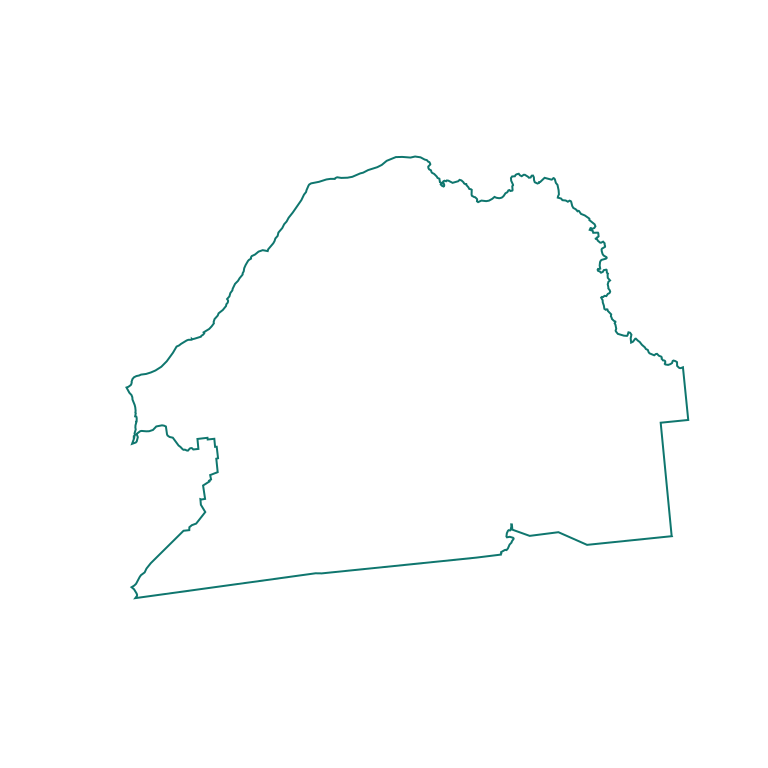 Wyndham, Victoria, Australia (Mercator projection), rotated 166°
{"feature_id": "25037944B15313699759774", "entity_name": "Wyndham", "entity_type": "district", "adm_level": 2, "iso_a3": "AUS", "parent_name": "Australia", "parent_adm1": "Victoria", "projection": "mercator", "projection_center": [144.582, -37.893], "detail": "fine", "context": "isolated", "style": "outline", "palette": "teal", "viewbox_px": 768, "rotation_deg": 166, "n_neighbors": 0, "source": "geoboundaries", "source_scale": "gbopen_adm2", "svg_char_len": 6143}
<svg xmlns="http://www.w3.org/2000/svg" viewBox="0 0 768 768"><g transform="rotate(166 384 384)"><path d="M677.1,236.4L496.2,216.9L490.2,215.3L336.4,193.2L311.9,190.2L311.8,190.8L311.2,191.1L311.1,192.5L307.3,193.6L306.4,193.7L305.3,193.2L303.6,194.4L301.0,197.8L298.6,199.3L298.1,200.3L295.7,202.4L295.6,202.9L296.0,203.6L298.9,205.3L301.8,205.5L302.1,206.4L300.9,209.5L299.4,211.4L298.5,212.0L297.1,211.4L296.5,211.8L294.9,214.9L294.5,217.0L293.9,216.8L294.7,211.6L279.4,201.4L250.6,198.0L225.9,178.8L141.5,166.7L141.6,167.4L124.9,279.5L97.5,275.5L89.9,327.9L92.1,327.6L93.2,327.9L93.9,328.5L95.2,330.7L94.4,334.3L95.7,335.7L97.4,336.7L98.3,336.5L99.4,334.7L101.3,334.0L103.7,333.8L106.3,334.9L106.7,335.6L105.7,337.3L105.7,338.2L106.2,338.9L107.7,339.5L108.0,340.6L108.5,341.2L108.1,342.6L108.3,343.4L110.4,344.9L111.8,347.2L113.0,347.3L114.9,346.5L118.9,349.5L119.5,350.7L119.8,353.2L121.5,354.7L122.0,356.4L124.3,359.7L125.7,362.9L127.0,364.4L128.7,367.1L129.3,367.1L132.2,364.8L134.2,364.4L133.6,368.6L132.0,372.0L132.8,374.2L134.3,375.0L135.9,372.4L136.6,371.9L139.6,372.9L145.0,376.1L146.3,379.0L146.3,379.9L145.3,381.4L145.1,385.6L145.5,387.2L144.4,388.2L144.4,388.6L145.6,389.6L147.1,392.0L147.1,393.5L147.5,394.8L146.7,396.6L149.1,400.7L149.2,402.3L149.9,402.6L150.9,402.4L152.0,403.6L151.7,406.9L152.0,410.2L151.6,412.4L152.4,415.3L151.5,415.8L150.3,415.4L148.7,416.2L147.0,415.5L145.0,417.3L143.3,417.6L142.2,418.8L142.3,420.4L143.2,422.5L142.9,423.5L142.8,426.6L141.5,428.9L139.6,429.8L141.2,432.9L140.6,436.0L140.0,436.9L140.8,438.0L140.4,440.8L140.7,441.2L143.2,441.3L144.5,439.9L146.5,439.5L147.4,441.0L148.9,442.0L149.1,443.1L148.4,443.9L147.2,443.5L146.3,443.6L146.1,446.7L144.9,450.0L143.7,451.4L142.7,451.8L138.3,451.9L137.4,452.5L137.5,453.3L139.6,455.3L140.1,456.2L140.5,457.4L140.6,460.3L140.3,462.0L139.7,462.6L136.4,463.6L136.1,464.3L136.2,465.8L135.9,467.2L137.0,469.1L139.2,468.6L140.1,468.9L141.9,471.4L142.2,472.8L143.4,473.6L143.4,473.9L142.3,474.1L141.8,474.7L141.0,474.8L140.1,475.3L139.6,478.5L139.8,479.1L144.4,480.1L144.5,482.2L147.1,483.8L145.9,485.3L145.5,485.3L144.8,484.3L144.3,484.2L142.2,484.5L140.7,485.9L141.0,488.0L145.1,493.4L144.7,494.5L144.9,495.0L148.4,499.0L151.7,501.4L153.0,504.7L154.0,505.2L154.5,504.9L155.7,507.2L157.7,509.0L158.3,511.2L158.3,515.4L158.6,516.3L159.6,517.0L161.5,516.4L163.3,518.1L166.4,519.2L167.3,521.1L170.3,522.8L169.8,523.9L168.4,525.7L167.7,529.8L167.5,535.2L168.6,537.6L168.7,541.3L169.3,542.5L169.8,542.8L171.4,541.8L172.1,541.8L178.3,545.2L183.6,542.2L184.6,542.4L184.9,541.6L186.6,541.4L188.9,543.3L189.1,545.4L188.6,548.3L189.0,550.2L190.3,550.4L191.8,548.9L193.5,549.1L194.1,550.2L196.7,552.9L197.9,553.2L200.1,552.3L201.7,553.7L202.4,555.4L204.4,555.4L205.6,555.1L206.8,553.9L209.5,554.4L211.0,553.1L211.4,550.5L210.6,546.0L210.7,545.6L211.7,544.9L212.3,541.1L212.7,540.6L214.7,540.7L215.3,541.8L216.4,541.8L218.0,540.2L220.0,539.7L222.4,537.5L224.2,536.5L225.4,536.3L227.3,536.4L229.9,537.5L231.5,538.8L234.1,537.5L237.8,536.5L240.6,536.7L245.1,538.4L248.7,537.7L249.6,538.8L249.0,540.4L249.1,541.2L250.4,543.2L251.3,543.6L253.2,545.4L253.2,546.6L251.9,551.2L252.5,551.9L254.1,552.7L254.5,554.4L255.8,556.9L255.8,558.1L256.8,558.3L257.8,559.3L258.1,560.5L259.6,562.8L261.3,563.8L262.9,562.8L268.8,562.6L272.3,565.7L273.8,566.3L274.7,565.7L276.1,566.6L277.2,566.4L278.7,565.1L277.9,565.6L277.6,564.8L277.4,562.5L277.9,561.4L278.4,561.2L279.8,562.3L280.7,563.9L280.2,564.5L279.4,564.3L279.1,564.8L280.9,566.3L280.6,569.8L282.2,571.0L282.6,572.5L284.5,575.7L286.3,577.3L286.7,578.4L286.7,579.9L288.3,581.4L288.7,583.0L288.4,584.3L286.0,585.8L285.9,586.7L286.3,588.3L287.3,589.0L288.3,590.9L290.2,591.9L293.7,595.1L298.8,597.2L303.5,597.3L311.3,599.9L317.6,601.3L327.4,599.9L333.2,597.1L338.1,596.0L347.7,595.4L353.1,594.1L356.1,594.1L364.6,592.7L369.5,593.0L375.6,594.3L379.4,595.9L381.3,595.6L382.1,594.9L386.3,596.0L390.4,596.4L398.2,595.9L406.2,596.3L408.4,595.6L409.3,594.7L412.3,590.8L413.2,589.1L415.8,587.1L419.7,582.4L431.1,572.4L436.3,568.4L439.2,565.2L442.2,563.2L445.0,559.9L449.8,556.5L451.4,553.4L454.2,551.5L455.6,549.2L457.4,547.3L463.8,542.7L464.7,541.1L469.3,543.2L473.7,542.8L477.9,540.8L481.4,540.1L482.5,539.0L482.7,537.8L485.0,537.1L486.2,536.3L489.5,532.9L491.6,530.2L492.9,527.2L494.4,525.6L494.7,524.4L498.5,521.6L500.7,519.4L504.3,517.2L507.8,513.0L508.5,511.5L511.1,509.4L512.8,506.4L515.7,504.4L515.1,502.8L515.3,502.0L516.0,500.7L517.7,499.5L518.4,497.9L522.5,494.8L527.4,492.6L528.8,490.6L532.7,488.0L534.3,485.4L534.4,484.0L537.2,481.7L540.3,479.7L546.4,477.8L546.0,477.2L546.1,476.7L547.6,475.6L549.6,474.9L550.2,474.2L556.7,473.8L559.2,473.8L559.5,474.2L559.6,473.6L560.0,473.5L563.2,474.2L564.9,474.0L571.3,472.0L573.5,471.0L576.2,470.5L581.2,465.4L589.3,458.6L595.9,454.6L602.5,452.4L607.4,451.6L612.4,451.3L617.5,451.9L619.5,451.5L622.3,451.6L625.0,451.0L626.9,449.6L628.4,447.2L628.4,446.5L629.3,444.9L630.0,444.2L632.7,443.1L634.7,442.9L633.2,437.1L631.7,434.4L631.4,432.1L631.8,429.7L631.0,424.0L631.0,421.6L631.5,418.0L632.2,416.3L631.9,415.7L633.3,412.8L632.2,412.3L632.2,410.8L633.0,407.8L633.7,407.6L633.8,407.0L633.5,406.9L635.1,404.1L635.8,401.8L635.9,400.0L638.0,396.4L638.0,395.2L637.5,395.0L639.4,393.9L639.6,393.1L638.9,393.4L639.6,391.8L642.9,386.9L639.0,387.3L637.9,388.0L635.7,392.0L636.0,394.4L635.7,395.6L631.9,397.2L630.5,397.1L626.1,395.6L623.3,395.0L619.3,395.3L615.2,397.9L609.4,397.6L607.5,396.8L605.9,395.5L606.7,387.8L606.5,386.4L604.9,384.5L601.9,383.0L598.2,374.0L596.8,372.3L595.1,369.3L594.3,368.6L593.1,368.5L591.3,367.1L590.3,366.8L588.0,368.4L586.6,368.5L585.8,368.1L584.9,366.6L579.8,365.9L578.3,375.8L568.3,374.5L568.5,372.8L561.9,371.9L563.1,363.9L561.5,363.6L563.0,352.1L564.8,352.1L566.7,338.7L574.7,337.7L574.9,333.2L577.1,332.5L576.9,331.7L584.1,329.3L585.4,315.8L589.0,316.1L590.0,316.7L590.9,311.1L588.4,303.0L600.0,294.0L604.6,293.5L607.5,292.1L608.3,289.3L614.0,290.1L653.6,266.6L659.1,262.4L661.8,259.1L666.1,257.3L667.8,255.8L672.9,250.1L675.2,248.8L678.1,247.9L676.2,245.3L674.7,240.5L674.6,239.1L674.9,238.2L677.1,236.4Z" fill="none" stroke="#0f766e" stroke-width="2"/></g></svg>